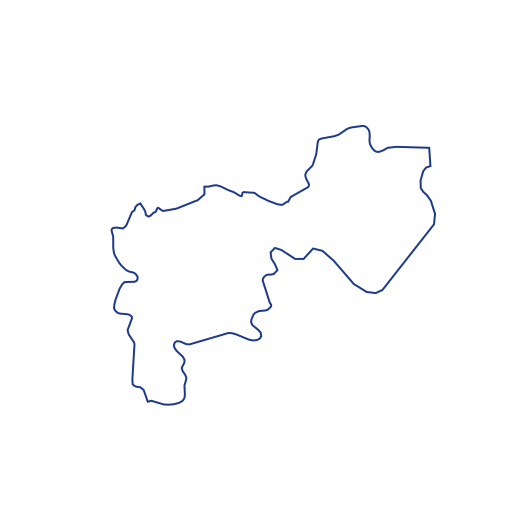 the border of Terni, rotated 120°
{"feature_id": "ITA-5433", "entity_name": "Terni", "entity_type": "Province", "adm_level": 1, "iso_a3": "ITA", "parent_name": "Italy", "parent_adm1": "", "projection": "albers", "projection_center": [12.428, 42.653], "detail": "fine", "context": "isolated", "style": "outline", "palette": "blue", "viewbox_px": 512, "rotation_deg": 120, "n_neighbors": 0, "source": "natural_earth", "source_scale": "10m", "svg_char_len": 2802}
<svg xmlns="http://www.w3.org/2000/svg" viewBox="0 0 512 512"><g transform="rotate(120 256 256)"><path d="M139.6,117.7L222.1,129.5L228.2,133.7L231.8,142.1L231.4,157.1L221.3,186.2L218.3,201.0L221.0,210.3L234.7,213.3L239.0,220.7L238.1,237.0L239.5,243.6L245.5,245.2L250.5,241.4L253.9,235.1L257.5,230.4L262.7,231.6L264.6,233.7L265.8,235.8L267.3,237.5L269.8,238.5L272.5,238.6L274.1,237.7L289.6,220.7L290.6,218.5L292.2,217.7L296.3,218.8L298.3,220.4L302.4,226.1L305.8,228.4L308.1,228.9L313.3,228.2L315.5,227.3L317.6,224.8L318.9,217.0L320.0,213.7L322.7,211.4L325.6,211.4L328.4,213.2L330.6,216.3L332.0,220.4L333.8,234.2L335.0,238.7L336.7,241.6L365.7,269.3L366.9,271.5L367.4,273.7L367.9,278.7L369.3,281.9L371.6,283.1L374.2,282.6L376.2,280.8L377.9,277.3L379.8,269.1L381.7,265.9L384.3,264.7L389.9,264.4L392.1,262.4L394.5,257.6L396.0,255.7L398.0,254.7L403.9,253.2L411.9,248.1L415.1,246.9L418.3,247.2L421.9,249.4L425.4,253.0L428.4,257.2L430.7,261.7L433.7,274.2L436.3,276.9L428.2,286.3L427.5,290.6L428.2,292.1L428.8,293.6L429.2,295.4L429.2,297.2L428.6,298.8L424.8,301.3L393.0,317.2L391.7,318.6L387.9,326.3L387.0,327.6L385.2,329.4L384.4,330.0L384.2,330.2L372.1,332.2L370.7,333.2L370.2,335.4L370.4,337.2L371.0,338.9L373.8,344.8L374.3,346.4L374.3,348.2L373.9,349.9L373.3,351.3L372.4,352.7L369.2,354.3L364.1,355.8L352.2,357.8L347.3,357.7L344.3,356.8L339.3,348.7L338.2,347.6L336.7,346.9L334.8,347.2L333.1,348.3L331.7,351.4L331.6,353.6L332.1,355.4L332.6,357.0L333.0,358.7L333.1,360.6L332.9,362.6L331.5,368.1L330.2,371.3L326.1,378.5L324.1,380.8L320.3,383.7L310.7,389.3L306.2,393.8L304.8,394.3L303.2,393.8L301.1,391.0L298.8,385.2L296.5,384.1L294.4,383.6L280.5,385.3L280.1,385.4L277.1,384.1L274.0,384.9L271.1,384.3L268.3,382.4L271.8,375.7L273.4,373.6L275.6,371.8L275.6,368.8L274.0,367.6L269.9,366.4L268.3,365.2L267.3,364.9L264.5,365.4L263.4,365.2L263.2,364.1L263.6,360.0L263.4,358.9L254.9,348.7L236.8,334.4L228.3,331.5L221.7,335.4L219.8,332.0L215.7,327.5L214.4,325.4L213.4,321.3L212.8,313.0L211.8,307.0L212.0,300.5L211.4,298.4L209.8,298.7L208.1,299.3L206.9,298.7L202.1,289.0L202.8,282.6L202.0,272.4L200.4,263.0L198.7,258.9L193.6,256.3L193.0,255.3L187.6,255.5L170.5,245.4L169.0,245.2L167.8,245.8L166.7,246.9L164.1,251.0L163.1,252.2L161.9,253.3L160.5,254.1L158.8,254.3L156.9,254.3L149.8,252.4L148.0,252.5L137.5,254.8L126.6,259.4L125.3,259.7L123.6,259.6L121.7,258.2L113.1,248.1L109.6,245.1L100.3,240.6L98.5,239.2L96.5,237.1L90.0,228.7L89.3,227.0L89.2,225.0L90.1,222.1L91.2,220.5L92.6,219.2L95.2,217.5L99.4,215.4L101.9,213.4L102.9,212.1L103.8,210.7L104.5,209.3L105.1,207.7L105.6,206.0L105.5,203.9L104.4,201.6L101.0,198.7L96.5,196.1L91.2,188.9L75.7,160.1L90.9,149.9L94.3,152.9L99.0,153.6L108.4,151.2L114.7,147.3L116.8,143.3L117.8,138.5L120.8,132.1L130.0,122.0L139.6,117.7Z" fill="none" stroke="#1e3a8a" stroke-width="2"/></g></svg>